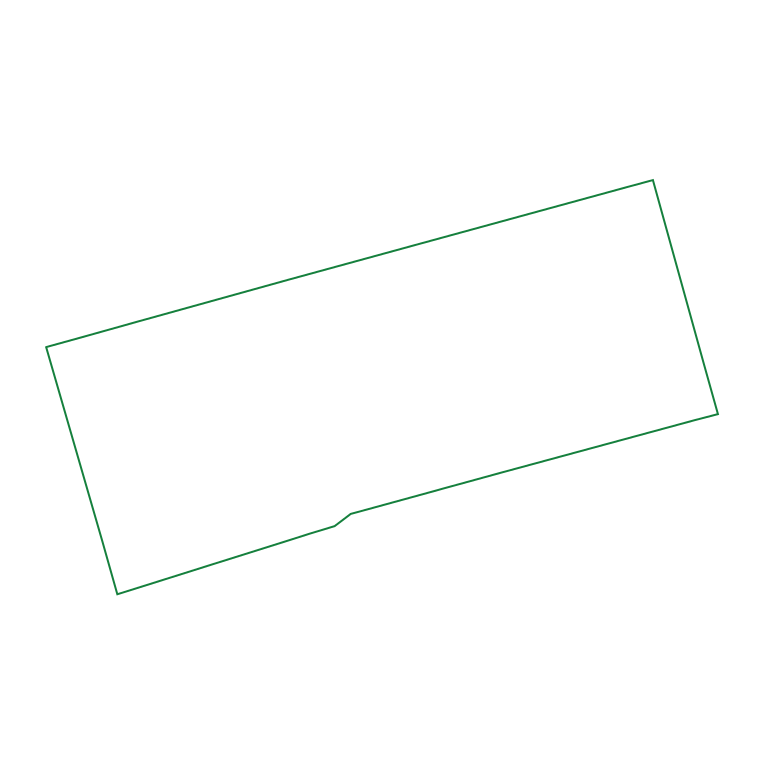 the district of Valcheta, Río Negro, Argentina, rotated 74°
{"feature_id": "61730980B79261334873375", "entity_name": "Valcheta", "entity_type": "district", "adm_level": 2, "iso_a3": "ARG", "parent_name": "Argentina", "parent_adm1": "Río Negro", "projection": "albers", "projection_center": [-66.153, -40.955], "detail": "fine", "context": "isolated", "style": "outline", "palette": "green", "viewbox_px": 768, "rotation_deg": 74, "n_neighbors": 0, "source": "geoboundaries", "source_scale": "gbopen_adm2", "svg_char_len": 508}
<svg xmlns="http://www.w3.org/2000/svg" viewBox="0 0 768 768"><g transform="rotate(74 384 384)"><path d="M512.6,698.3L512.6,698.0L512.6,697.8L511.4,650.0L510.1,600.2L508.0,517.0L507.4,497.0L507.0,470.6L500.1,452.8L499.7,451.9L499.8,446.0L500.8,361.0L500.8,356.8L500.9,349.0L501.5,296.2L504.4,95.4L505.0,71.3L452.9,71.0L262.1,69.3L261.7,95.8L259.0,315.4L257.4,448.1L256.1,604.6L255.9,639.3L255.8,656.4L255.4,698.1L255.5,698.6L457.6,698.1L512.6,698.3Z" fill="none" stroke="#15803d" stroke-width="2"/></g></svg>